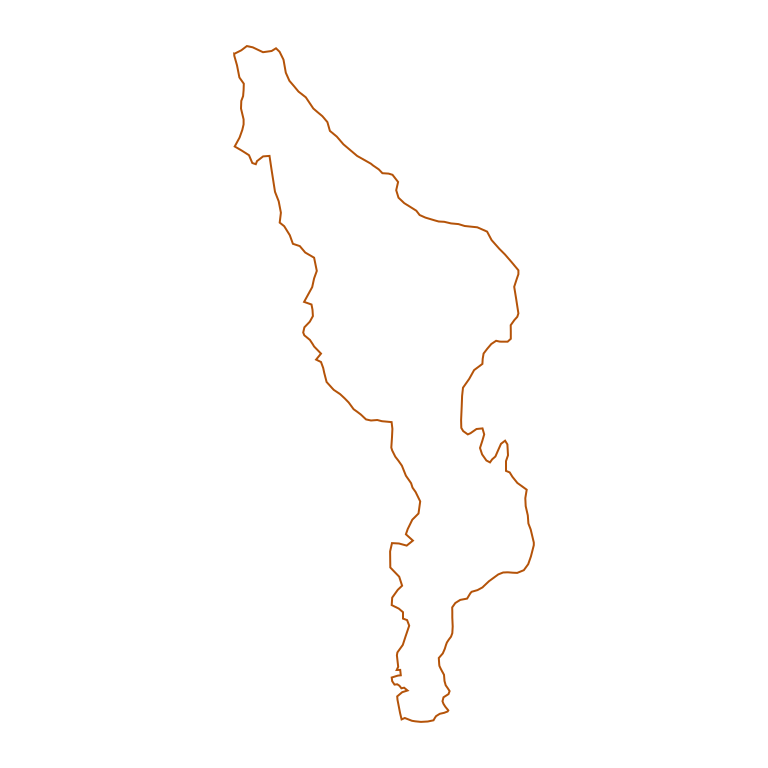 Tochni, Larnaca, Cyprus (Mercator projection)
{"feature_id": "46923920B66389715069900", "entity_name": "Tochni", "entity_type": "district", "adm_level": 2, "iso_a3": "CYP", "parent_name": "Cyprus", "parent_adm1": "Larnaca", "projection": "mercator", "projection_center": [33.321, 34.765], "detail": "fine", "context": "isolated", "style": "outline", "palette": "amber", "viewbox_px": 768, "rotation_deg": 0, "n_neighbors": 0, "source": "geoboundaries", "source_scale": "gbopen_adm2", "svg_char_len": 3526}
<svg xmlns="http://www.w3.org/2000/svg" viewBox="0 0 768 768"><path d="M401.6,719.4L404.8,718.0L412.0,720.8L415.1,721.3L420.9,721.9L427.8,721.5L433.5,720.3L435.0,717.7L436.1,716.1L439.8,713.8L444.2,712.8L447.6,711.5L448.3,710.4L447.9,709.9L445.2,706.6L443.4,703.7L442.5,701.2L443.5,697.3L448.5,694.1L449.6,691.1L447.6,688.0L445.7,685.3L444.5,681.0L444.0,674.8L441.7,670.6L440.6,668.5L439.4,665.9L439.2,664.2L438.8,658.0L442.8,653.4L444.8,648.8L446.0,644.9L446.9,642.5L448.8,639.6L451.0,636.7L452.3,633.2L452.7,626.5L452.3,617.6L452.3,612.0L452.2,607.4L455.3,603.0L460.2,599.9L467.1,598.6L470.3,593.3L471.6,591.8L477.5,590.1L482.5,587.4L483.8,586.1L489.1,581.1L498.3,574.4L503.1,572.5L507.8,572.3L512.8,572.7L517.2,572.9L523.8,570.2L528.2,564.2L530.9,556.5L532.4,550.7L533.8,545.2L533.8,542.5L530.7,529.5L528.4,523.5L527.8,515.4L525.7,506.2L525.3,498.2L526.7,489.7L517.4,483.0L512.4,476.8L509.7,472.4L506.0,470.9L506.0,461.1L508.0,455.3L507.4,444.4L505.1,440.7L501.0,443.8L498.1,450.3L495.4,456.5L492.1,459.4L490.0,462.4L486.4,460.5L482.1,454.4L480.0,448.0L482.3,440.9L484.2,434.4L482.5,428.4L476.5,429.0L470.5,433.2L467.8,434.4L463.2,431.1L461.3,427.9L461.1,420.0L461.7,406.6L462.1,395.9L463.0,387.7L469.2,378.9L474.1,370.1L482.4,363.9L482.7,358.8L483.6,353.5L487.3,348.7L491.3,344.0L496.1,340.8L499.7,341.6L502.3,341.7L507.6,341.7L510.8,338.8L510.8,331.4L510.7,325.2L514.4,320.0L517.3,316.8L518.4,313.4L516.1,298.5L514.2,286.8L516.7,279.1L518.4,274.2L518.4,270.3L514.9,266.1L511.4,261.9L504.9,254.4L499.4,248.9L491.6,240.1L488.3,233.9L487.1,231.6L477.3,227.3L464.7,226.0L458.5,224.1L451.0,223.4L444.2,221.8L438.7,221.5L435.1,220.5L425.4,217.6L419.6,215.0L416.3,210.7L404.3,203.2L398.5,197.7L396.2,190.2L398.1,182.0L392.5,174.8L388.6,173.6L382.4,173.2L378.8,169.4L373.1,165.5L370.9,163.7L357.1,155.9L343.4,144.3L336.8,136.6L329.9,130.9L327.4,122.1L322.4,116.2L317.6,112.2L313.3,108.5L305.8,97.3L298.5,91.6L293.7,85.8L289.4,80.8L285.8,72.7L283.5,59.7L279.6,51.8L276.0,48.3L271.6,51.0L263.0,52.2L252.7,47.3L246.8,46.1L241.3,50.3L234.5,53.7L234.2,53.6L234.3,55.8L237.0,65.3L239.4,77.5L243.8,83.7L243.6,90.1L243.1,96.1L241.3,100.9L241.0,108.5L243.6,119.4L243.6,124.4L242.3,129.9L239.6,137.5L234.7,146.5L241.6,150.5L249.0,155.2L252.3,163.0L255.8,164.2L257.0,161.1L263.1,156.4L269.5,155.9L271.4,168.7L275.0,191.8L278.7,201.3L280.9,212.7L279.7,222.6L284.2,226.2L289.8,235.2L292.9,243.8L299.8,246.1L305.2,252.5L314.1,257.7L316.8,270.9L314.1,278.4L312.2,287.1L304.1,301.9L311.5,304.5L312.5,309.8L312.9,316.1L309.8,321.7L304.4,327.3L303.2,332.5L304.3,335.3L309.9,339.9L312.8,344.3L314.1,346.5L321.0,353.6L316.1,359.6L321.0,362.0L323.2,368.0L324.2,372.7L326.6,382.0L332.1,388.1L333.8,389.9L340.2,394.2L344.6,398.3L348.7,402.5L353.6,409.2L357.1,411.7L360.8,414.5L366.0,419.4L371.0,420.5L377.3,420.0L381.9,421.2L391.6,422.1L392.4,428.9L392.0,437.2L391.3,447.6L392.2,450.5L395.3,456.7L398.4,460.7L401.9,465.7L405.9,475.7L411.1,483.2L412.5,487.6L415.6,492.0L420.2,501.4L418.5,513.5L412.3,519.7L407.7,529.1L405.9,534.3L412.9,540.6L406.7,545.6L399.0,543.5L392.0,543.1L390.1,551.4L390.3,567.5L399.2,576.7L402.1,585.7L397.8,589.8L392.2,597.6L391.7,605.1L398.8,608.6L403.0,612.2L403.0,618.6L407.1,620.1L409.2,625.7L405.5,636.6L402.8,644.9L397.4,652.4L396.9,655.3L397.6,661.6L398.2,666.8L396.7,670.0L400.2,669.9L400.8,675.3L397.9,675.6L391.7,677.5L392.2,681.2L394.5,684.6L397.3,684.3L399.4,685.7L401.4,688.3L404.1,687.7L407.5,690.5L402.2,692.2L397.2,696.4L397.5,699.8L400.1,713.2L401.6,719.4Z" fill="none" stroke="#b45309" stroke-width="2"/></svg>